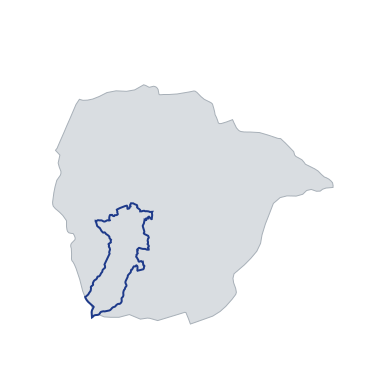 location of Mashonaland East within Zimbabwe, rotated 161°
{"feature_id": "ZWE-528", "entity_name": "Mashonaland East", "entity_type": "Province", "adm_level": 1, "iso_a3": "ZWE", "parent_name": "Zimbabwe", "parent_adm1": "", "projection": "orthographic", "projection_center": [31.478, -17.977], "detail": "fine", "context": "in_parent", "style": "outline", "palette": "blue", "viewbox_px": 384, "rotation_deg": 161, "n_neighbors": 0, "source": "natural_earth", "source_scale": "10m", "svg_char_len": 7976}
<svg xmlns="http://www.w3.org/2000/svg" viewBox="0 0 384 384"><g transform="rotate(161 192 192)"><path d="M268.3,316.3L265.3,314.2L261.0,312.9L255.7,312.2L248.7,312.5L240.1,313.7L230.9,312.4L221.1,308.5L212.9,307.2L203.2,309.0L202.8,309.1L201.1,307.8L198.4,304.9L193.9,304.5L192.7,303.8L191.7,302.8L191.0,301.4L190.7,299.9L191.4,295.2L191.0,294.6L189.8,294.1L187.3,293.5L181.4,291.5L174.0,289.5L162.0,287.5L157.3,286.9L156.2,286.3L154.9,284.5L152.4,279.2L150.2,275.6L144.9,270.2L144.0,268.5L144.2,264.1L144.5,260.5L145.0,257.5L144.6,254.7L144.5,251.2L144.6,248.8L143.9,247.8L142.0,247.2L136.6,247.0L130.1,247.2L129.8,243.7L129.1,238.2L127.8,235.0L126.3,233.4L123.2,231.8L117.1,229.6L108.8,226.2L101.6,221.1L93.3,214.7L90.8,213.6L87.6,207.5L82.7,197.1L82.9,193.5L82.2,191.8L77.6,186.7L76.5,184.0L75.7,181.3L68.4,173.9L65.9,170.7L63.9,166.4L62.0,163.1L60.4,161.8L58.3,159.5L56.8,156.9L56.1,154.9L56.5,152.2L57.2,150.4L64.0,152.1L67.6,152.1L70.5,151.1L74.1,152.2L78.4,155.6L83.1,156.1L88.0,153.8L94.8,154.2L103.4,157.4L110.5,158.0L118.8,154.7L126.1,146.0L133.0,137.9L139.8,128.6L143.9,121.1L150.0,114.9L158.0,110.1L166.3,106.0L178.9,101.0L181.4,97.0L182.2,92.6L182.1,86.6L182.7,82.7L184.0,80.9L186.1,79.5L188.9,77.6L197.2,72.9L204.3,69.9L212.8,67.9L222.2,67.8L231.3,67.7L236.5,67.7L236.6,73.5L237.0,80.0L238.0,80.6L244.8,80.8L255.7,81.2L266.3,81.6L273.0,86.3L275.2,87.3L282.2,88.6L291.1,96.5L301.8,97.3L309.2,99.8L315.7,102.5L319.4,105.8L321.8,106.6L325.1,106.8L326.7,107.1L326.3,109.5L324.1,113.4L324.3,119.1L327.3,127.0L327.6,133.9L326.6,145.9L326.5,157.6L326.8,161.8L327.3,164.6L327.9,166.1L327.8,167.8L326.0,172.7L324.5,177.9L324.4,179.9L323.9,181.4L322.8,182.7L318.2,185.0L317.4,186.5L317.4,189.1L317.9,191.4L319.7,192.2L321.7,193.5L322.5,195.2L322.5,197.0L321.9,200.2L320.0,205.7L321.8,211.9L323.8,216.0L326.6,220.7L327.8,223.6L327.7,225.6L327.2,227.6L322.9,236.2L319.8,241.5L316.0,247.1L311.0,250.7L309.8,252.4L309.2,254.3L309.4,258.6L309.1,263.0L304.9,269.9L307.5,275.8L306.9,276.3L305.4,277.2L299.4,283.8L293.2,290.5L288.8,295.4L283.7,300.9L278.0,307.2L273.2,312.5L268.3,316.3Z" fill="#d9dde1" stroke="#a8b0b8" stroke-width="1"/><path d="M319.0,107.0L319.3,106.8L319.8,106.6L320.4,106.5L321.5,106.6L323.6,107.1L324.7,107.1L325.3,107.0L326.4,106.3L327.0,106.1L327.4,106.0L326.1,110.9L325.5,112.1L324.9,112.9L322.4,115.3L322.4,115.6L325.9,121.8L326.7,123.9L327.2,126.2L327.2,127.5L326.3,127.7L323.7,128.8L323.3,129.0L322.5,129.8L320.1,131.5L319.8,131.9L318.8,133.9L318.7,134.8L318.5,135.2L318.0,135.5L317.5,135.8L317.1,135.8L316.1,136.3L315.8,136.4L315.7,136.6L315.6,136.8L315.5,137.7L315.4,138.1L313.9,139.7L313.2,140.1L312.6,140.3L312.1,140.5L311.5,140.5L310.2,141.1L310.0,141.3L309.6,141.9L309.1,142.5L308.8,142.7L308.5,142.7L308.1,142.6L307.7,142.5L307.4,142.6L307.0,142.7L306.3,143.0L305.8,143.4L304.4,144.8L303.2,145.5L302.9,145.7L302.6,146.2L302.2,146.9L302.0,147.2L301.8,147.4L301.6,147.6L300.8,147.9L300.1,148.3L299.1,148.6L298.8,148.9L298.6,149.3L298.3,150.7L298.3,151.2L298.4,151.8L298.2,152.1L290.0,160.5L290.0,161.0L290.0,161.6L289.9,162.0L289.6,162.5L288.3,164.2L288.3,164.4L288.2,164.7L288.1,165.9L288.2,166.5L288.4,167.0L288.4,167.4L287.9,168.4L287.8,168.8L287.9,169.5L287.9,169.9L287.6,170.1L287.3,170.2L285.7,170.6L285.4,170.7L285.1,170.8L285.0,171.1L284.9,171.9L284.7,172.5L284.3,172.9L284.1,173.1L284.2,173.4L284.6,174.0L284.7,174.6L285.0,175.3L285.0,175.5L284.7,176.4L284.7,176.7L284.9,177.0L285.0,177.6L285.4,178.1L285.8,178.9L286.3,179.4L287.0,180.4L287.4,181.8L287.6,182.1L288.1,182.4L288.7,182.4L289.1,182.5L289.4,182.7L289.5,182.9L290.3,184.8L290.9,188.0L291.0,188.2L291.2,188.5L291.7,188.8L291.8,188.9L291.9,189.5L292.4,190.1L292.7,190.7L292.7,191.1L292.6,192.6L292.6,193.3L292.5,194.0L292.5,194.5L292.7,195.4L292.5,196.1L292.2,195.9L291.6,195.7L291.4,195.7L290.8,195.9L290.4,196.0L289.7,195.8L288.3,195.1L287.1,194.8L286.5,194.4L285.2,193.0L284.7,192.7L284.2,192.5L283.5,192.5L281.8,192.8L281.2,192.8L280.0,192.2L279.3,192.0L278.9,192.0L278.9,192.3L279.1,192.6L279.2,192.9L279.2,193.1L278.9,193.6L278.7,194.4L278.2,195.4L277.9,195.9L277.7,196.2L277.0,196.9L276.8,196.9L276.6,196.9L276.3,196.7L275.9,196.5L275.5,196.5L275.2,196.5L275.0,196.4L274.9,196.2L274.9,195.8L274.8,195.5L274.1,194.8L273.6,194.6L273.4,194.6L273.0,195.0L272.8,195.2L272.6,195.2L272.4,195.2L271.7,194.9L271.3,194.8L270.9,194.8L270.0,194.8L269.6,195.0L269.4,195.2L269.4,195.4L269.3,195.6L269.3,197.1L268.9,197.9L268.9,199.7L268.5,199.9L265.1,200.3L259.7,200.5L258.1,200.3L258.0,200.1L258.0,199.9L257.9,199.5L258.0,199.0L258.1,198.6L258.2,198.2L258.3,197.8L258.4,197.6L258.4,197.1L258.2,197.0L256.9,196.9L256.6,197.0L256.4,197.2L256.0,197.7L255.8,198.0L255.5,198.2L254.8,198.3L254.7,198.4L254.7,198.7L254.9,199.1L254.8,199.8L253.3,201.2L252.4,200.8L251.4,200.5L251.0,200.1L250.4,199.4L249.8,198.8L249.2,198.3L248.4,197.6L248.4,197.4L248.4,197.1L248.3,196.7L248.5,195.9L248.9,195.7L248.9,195.4L248.7,194.8L248.6,194.5L247.7,193.4L247.0,192.1L246.9,191.8L246.9,191.6L246.9,191.4L247.3,190.8L247.3,190.6L247.1,190.6L246.3,190.2L245.6,190.1L244.6,190.1L243.5,189.9L243.3,189.8L242.6,189.1L242.1,188.9L241.4,188.7L239.9,188.1L239.0,187.5L238.4,186.9L237.8,186.7L236.0,186.2L236.6,185.6L236.8,185.0L237.1,183.3L237.2,183.0L238.7,179.9L238.9,179.5L239.1,179.5L239.3,179.6L239.8,181.0L240.1,181.4L240.7,182.7L240.8,182.7L241.1,182.7L241.8,182.4L242.1,182.3L242.2,182.1L242.1,181.4L242.1,181.2L243.2,181.4L243.6,181.8L243.8,181.9L244.1,181.9L244.4,181.8L244.6,181.6L244.5,180.9L244.4,180.7L244.5,180.4L244.8,180.4L245.6,180.6L245.8,180.6L246.0,181.0L246.1,180.8L247.7,178.0L249.2,176.5L249.5,176.2L249.6,175.9L249.7,175.5L249.9,170.4L250.0,170.1L250.1,169.7L250.8,169.0L251.0,168.8L251.0,168.6L250.8,168.0L250.6,167.7L249.6,166.7L248.2,165.3L247.8,164.9L247.7,164.5L247.7,163.3L247.7,163.0L247.8,162.8L247.9,162.7L248.4,162.4L248.7,162.2L249.0,161.8L249.6,160.8L249.8,160.4L249.9,160.0L249.8,159.7L249.8,159.4L250.1,158.3L250.3,158.0L250.4,157.7L250.9,157.4L251.0,157.2L250.5,155.8L250.4,155.3L250.5,154.8L250.7,154.4L251.5,154.1L251.7,153.9L251.7,153.7L251.8,153.5L251.5,152.7L251.5,152.4L251.6,151.9L251.7,151.6L251.8,151.6L253.2,152.1L253.8,152.5L254.8,153.4L255.5,153.7L255.9,153.8L257.2,154.3L259.0,155.5L259.8,156.2L260.1,156.3L260.3,156.4L260.7,156.3L261.2,156.0L261.8,155.9L262.0,155.8L262.6,155.3L262.7,155.2L262.4,154.8L262.3,154.7L262.4,154.2L262.9,154.0L263.2,153.6L263.4,152.8L263.4,152.4L263.2,151.8L263.3,151.6L264.5,151.0L264.8,150.8L265.0,150.6L265.1,150.2L265.1,149.9L265.3,149.7L265.6,149.3L265.8,149.1L265.8,148.9L265.8,148.6L265.5,147.9L265.4,147.6L265.3,147.2L265.3,146.6L265.2,146.3L265.0,145.9L264.9,145.6L264.9,145.4L265.1,144.8L265.1,144.4L265.1,144.0L264.9,143.6L264.8,143.4L264.4,143.3L263.3,143.3L262.6,143.2L262.4,143.1L262.2,142.9L262.1,142.3L262.0,142.2L261.8,142.1L261.2,142.1L261.8,139.0L261.7,138.4L261.3,138.2L261.1,137.8L261.1,137.5L261.8,136.7L262.4,135.5L262.9,135.0L263.3,134.8L268.9,135.3L269.1,135.3L269.2,135.6L269.1,135.8L267.9,138.9L267.9,139.3L267.9,139.7L268.0,140.1L268.2,140.4L268.4,140.7L268.8,140.7L269.5,140.2L269.9,140.1L271.2,140.6L271.5,140.4L271.9,140.1L273.8,138.3L274.1,138.1L274.4,138.1L274.8,138.2L275.0,137.9L275.3,137.6L275.6,136.9L276.2,136.0L279.4,134.3L280.0,133.7L280.1,133.4L280.6,132.5L283.6,129.5L284.2,128.7L284.5,127.9L284.5,126.9L284.4,126.3L284.3,125.6L284.4,124.9L284.7,124.4L285.1,124.1L286.0,123.6L286.4,123.2L286.9,122.4L287.1,122.1L287.3,122.0L288.0,121.6L288.5,121.1L289.0,120.5L289.8,119.1L289.9,118.8L290.2,117.6L290.4,116.9L290.7,116.3L291.2,115.7L291.7,115.3L292.9,114.7L293.2,114.4L293.4,114.0L293.8,112.3L294.0,111.7L294.3,111.2L294.7,110.8L295.7,110.1L296.3,109.9L296.8,109.8L297.1,109.9L297.7,110.1L298.0,110.2L298.8,110.2L299.6,110.0L300.4,109.7L301.1,109.3L301.6,108.9L302.0,108.8L302.3,108.7L303.8,108.7L304.3,108.7L305.2,108.4L306.9,107.4L307.8,107.0L308.7,106.9L313.4,107.5L314.7,108.1L316.7,108.3L317.3,108.2L317.9,107.9L319.0,107.0Z" fill="none" stroke="#1e3a8a" stroke-width="2"/></g></svg>